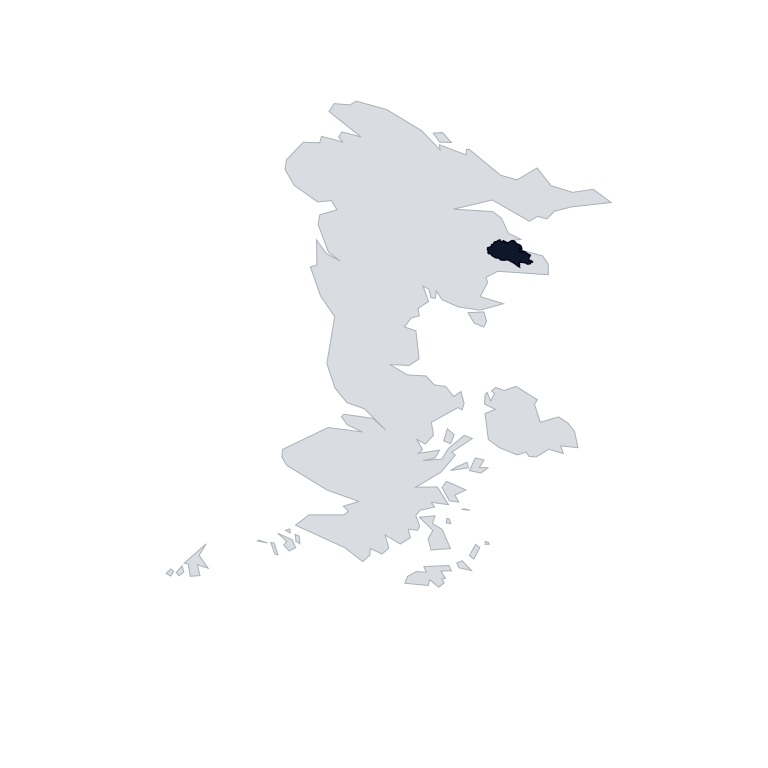 where Carmarthenshire sits in United Kingdom, rotated 211°
{"feature_id": "GBR-2104", "entity_name": "Carmarthenshire", "entity_type": "Unitary Authority (wales)", "adm_level": 1, "iso_a3": "GBR", "parent_name": "United Kingdom", "parent_adm1": "", "projection": "natural_earth1", "projection_center": [-4.236, 51.894], "detail": "fine", "context": "in_parent", "style": "filled", "palette": "ink", "viewbox_px": 768, "rotation_deg": 211, "n_neighbors": 0, "source": "natural_earth", "source_scale": "10m", "svg_char_len": 5619}
<svg xmlns="http://www.w3.org/2000/svg" viewBox="0 0 768 768"><g transform="rotate(211 384 384)"><path d="M414.5,569.6L379.6,587.8L368.6,586.6L355.2,577.3L341.2,578.5L347.1,573.8L335.0,569.5L314.0,575.5L305.0,571.4L299.4,562.3L344.7,539.1L351.5,527.9L347.5,524.5L346.6,508.5L323.1,514.2L339.8,496.7L360.2,488.3L377.8,486.2L387.0,490.7L384.2,483.8L388.3,482.1L394.2,488.4L401.0,488.1L388.3,477.7L393.8,466.3L388.9,460.6L394.7,454.6L395.9,443.4L384.0,446.0L366.9,423.6L371.9,412.9L388.9,403.7L368.5,403.9L352.2,412.5L340.5,409.1L329.9,413.6L317.9,409.1L314.2,417.2L305.3,408.5L303.8,402.0L308.5,401.9L323.7,375.6L315.2,365.6L317.8,353.8L327.4,353.4L317.1,347.6L318.9,342.2L302.4,355.9L302.1,346.9L311.1,338.4L295.8,349.3L295.6,361.9L288.7,381.3L280.3,382.7L290.9,360.3L286.2,359.8L289.9,337.5L303.7,311.8L285.3,323.2L266.5,313.8L282.4,307.0L277.3,304.5L288.0,294.4L289.2,287.8L280.1,280.4L279.9,275.9L288.5,272.0L282.2,265.9L287.6,255.2L305.2,255.2L295.3,245.7L298.2,237.2L311.1,236.0L307.9,229.9L310.8,220.8L333.5,223.5L387.1,217.4L381.0,233.1L350.7,251.3L349.0,256.6L355.9,258.3L345.1,270.4L377.9,263.8L425.6,264.2L433.8,268.7L437.3,275.6L409.5,317.9L377.7,331.8L394.4,330.1L403.6,334.1L402.8,337.4L375.7,348.8L358.8,345.4L388.1,352.7L405.9,348.9L423.8,355.2L443.5,372.1L461.0,416.4L483.6,426.7L507.5,446.5L502.7,451.4L516.0,472.7L500.4,466.1L484.8,466.8L499.5,468.4L522.6,486.8L526.2,495.9L514.0,509.1L523.6,514.1L534.7,505.9L563.5,508.1L579.3,516.9L583.1,526.0L577.6,549.8L563.3,557.6L565.1,564.1L544.1,570.1L550.0,572.2L549.9,578.4L531.0,583.9L571.5,589.2L571.1,598.7L556.9,605.7L553.6,612.1L522.9,620.6L482.4,620.5L456.4,613.6L459.8,617.6L431.4,622.6L434.3,627.7L431.3,629.0L391.8,623.0L375.2,627.4L364.0,648.0L342.9,640.0L321.0,645.4L304.9,658.6L282.8,656.6L314.2,632.6L327.0,619.9L329.4,609.4L338.7,606.8L343.1,598.4L386.0,597.5L414.5,569.6ZM269.7,449.9L244.4,449.5L244.6,444.2L230.3,431.7L217.4,445.7L206.2,445.2L196.3,441.5L184.9,429.3L200.7,422.0L194.5,416.7L209.0,413.1L216.1,399.8L222.4,396.6L227.1,398.8L233.3,391.9L252.1,388.9L265.9,390.1L282.1,410.6L275.6,419.6L287.4,418.5L291.8,426.9L291.3,429.9L283.8,424.3L284.4,432.9L288.3,433.5L286.3,438.6L277.5,440.4L269.7,449.9ZM264.8,231.0L259.8,239.7L250.8,244.5L255.8,248.1L234.9,261.8L230.0,258.6L238.9,253.0L231.1,249.0L234.0,246.7L230.0,244.4L232.4,238.0L244.2,239.7L242.3,234.1L263.4,224.0L264.8,231.0ZM266.5,274.1L266.7,283.7L285.0,288.1L272.4,297.3L270.6,289.4L259.3,289.3L242.3,277.2L258.2,265.9L266.5,274.1ZM451.0,119.4L459.0,128.8L463.0,127.5L454.1,155.5L454.2,141.9L439.8,135.5L450.8,133.0L443.1,125.0L451.0,119.4ZM280.3,332.8L259.2,335.3L266.1,325.3L259.1,321.3L267.7,317.5L281.0,325.3L280.3,332.8ZM338.0,482.6L348.7,488.4L335.6,497.2L328.4,490.7L327.8,484.2L338.0,482.6ZM266.2,353.8L267.7,367.7L259.1,370.3L259.3,361.4L251.8,365.7L255.0,357.6L266.2,353.8ZM387.0,194.2L386.3,198.9L398.2,201.4L382.6,203.2L375.3,198.2L379.3,192.0L387.0,194.2ZM306.6,378.3L297.7,376.7L296.2,367.2L303.5,366.0L306.6,378.3ZM470.9,624.4L463.4,629.7L450.6,625.7L460.8,620.1L470.9,624.4ZM272.5,359.7L268.5,355.7L282.3,344.2L279.4,350.0L272.5,359.7ZM225.1,265.1L229.5,268.0L225.9,272.7L212.9,269.2L225.1,265.1ZM222.9,293.7L217.7,293.0L216.8,280.3L222.4,280.8L222.9,293.7ZM463.4,124.1L458.6,119.6L461.2,113.9L465.1,115.6L463.4,124.1ZM399.4,189.9L396.1,191.1L386.9,183.0L389.8,181.9L399.4,189.9ZM382.7,209.4L378.3,210.0L373.7,203.7L378.5,203.9L382.7,209.4ZM473.3,109.4L471.5,115.7L467.8,115.0L467.9,109.5L473.3,109.4ZM410.9,185.7L402.0,187.7L411.8,184.3L410.9,185.7ZM260.9,301.3L258.2,301.9L254.9,298.7L259.2,297.0L260.9,301.3ZM393.1,207.8L390.0,211.3L387.7,208.0L393.1,207.8ZM250.8,318.4L245.3,320.1L252.7,316.5L250.8,318.4ZM216.2,301.3L212.7,302.0L211.2,301.0L214.7,298.6L216.2,301.3Z" fill="#d9dde1" stroke="#a8b0b8" stroke-width="1"/><path d="M347.9,572.9L347.7,572.8L347.2,573.3L346.9,573.5L346.4,573.5L344.8,573.4L342.6,572.4L342.0,572.7L338.8,573.1L337.9,572.8L336.8,572.2L335.8,571.2L335.3,570.3L337.0,570.5L337.7,570.4L338.1,569.9L337.4,570.0L336.6,569.8L336.0,569.4L335.6,568.8L335.8,568.7L336.0,568.3L336.2,567.9L336.2,567.4L335.9,567.0L335.6,567.2L335.3,567.8L335.1,567.9L334.8,568.4L334.5,568.5L334.1,568.4L333.8,568.1L333.4,567.8L332.6,567.9L332.5,568.2L332.8,568.7L333.4,569.2L332.0,569.8L330.5,569.9L327.4,569.5L326.2,569.6L324.7,569.9L324.8,569.9L324.8,569.4L324.8,568.6L324.8,567.6L324.8,566.8L324.7,566.2L324.3,565.6L323.8,565.1L323.2,565.1L322.7,565.1L322.2,565.1L321.7,565.3L321.3,565.4L320.8,565.4L320.2,565.4L319.8,565.3L319.6,565.2L319.5,564.9L319.9,564.4L320.9,564.3L321.3,564.1L321.3,563.7L321.3,563.3L320.7,562.9L320.6,562.6L321.0,562.1L322.6,560.8L323.4,560.6L324.2,560.6L325.1,560.7L326.5,560.2L329.7,558.7L330.6,558.1L330.6,557.7L330.2,557.2L329.5,556.4L329.0,555.5L328.7,554.8L328.1,554.1L330.6,554.1L334.1,554.6L335.8,554.6L337.1,554.5L338.3,554.4L339.7,554.4L341.2,554.4L342.5,553.9L344.2,552.4L345.9,551.4L347.8,550.6L348.3,550.5L349.3,550.9L350.1,551.0L351.2,551.0L351.9,550.3L352.9,549.9L353.4,549.7L354.2,549.8L354.8,549.8L355.5,549.8L356.2,549.6L357.2,549.8L358.4,550.0L359.5,550.5L360.4,550.5L361.2,549.7L362.6,550.1L362.7,550.4L362.4,551.4L362.5,551.6L364.2,552.1L364.5,552.4L364.6,553.2L365.3,553.9L365.2,554.4L364.0,555.4L363.1,556.6L363.0,557.5L363.5,558.7L363.3,559.2L362.9,559.4L362.5,559.6L362.3,561.1L362.5,562.2L362.1,563.0L360.8,564.0L360.2,565.5L358.9,567.2L358.1,566.5L356.1,566.5L355.5,566.8L355.7,567.8L355.4,568.3L355.0,568.4L354.2,568.0L353.5,568.4L353.4,568.5L351.6,568.2L351.1,568.7L350.4,568.8L349.8,569.4L349.8,570.0L349.3,570.5L349.0,571.6L347.9,572.9Z" fill="#0f172a" stroke="#020617" stroke-width="1.5"/></g></svg>